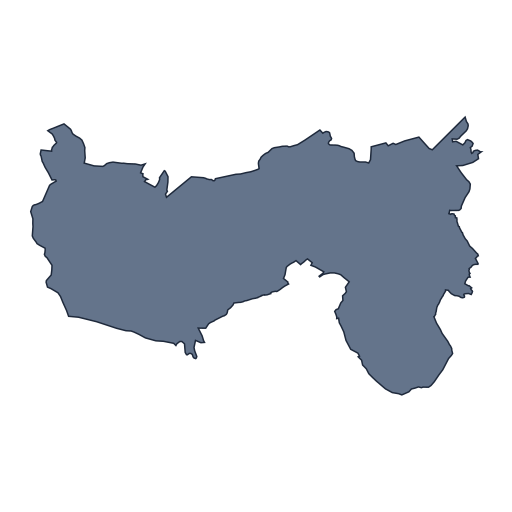 Buteni, Arad, Romania (Robinson projection)
{"feature_id": "2599482B88924594549942", "entity_name": "Buteni", "entity_type": "district", "adm_level": 2, "iso_a3": "ROU", "parent_name": "Romania", "parent_adm1": "Arad", "projection": "robinson", "projection_center": [22.098, 46.317], "detail": "fine", "context": "isolated", "style": "filled", "palette": "slate", "viewbox_px": 512, "rotation_deg": 0, "n_neighbors": 0, "source": "geoboundaries", "source_scale": "gbopen_adm2", "svg_char_len": 6052}
<svg xmlns="http://www.w3.org/2000/svg" viewBox="0 0 512 512"><path d="M471.2,294.5L472.0,293.0L472.5,291.4L472.0,290.5L471.4,290.0L470.6,288.7L471.7,287.9L469.1,285.7L468.4,285.8L464.8,283.7L465.6,281.0L468.0,277.3L468.8,277.1L470.1,277.1L469.5,275.6L469.2,274.4L469.3,273.9L470.0,273.5L469.2,272.0L468.9,270.6L469.3,269.5L469.1,268.6L471.0,267.2L472.3,265.5L473.6,264.7L475.6,264.3L477.9,264.3L478.1,263.6L475.4,258.4L476.5,257.4L477.4,256.2L478.3,255.8L477.8,254.1L476.4,252.9L472.5,248.5L469.8,246.2L468.9,244.5L467.2,241.0L465.2,238.7L463.1,234.9L462.4,232.6L461.9,232.4L459.5,227.8L459.3,226.7L458.4,226.2L457.4,222.8L456.9,221.3L457.0,219.8L456.8,217.9L455.4,217.7L455.4,216.7L455.3,215.8L454.7,215.5L454.3,215.0L454.1,214.1L452.9,213.8L451.7,213.7L450.7,214.4L450.1,213.9L449.1,213.9L448.8,213.4L449.2,212.8L449.7,210.3L450.9,210.5L458.7,210.4L459.7,209.9L461.1,208.5L461.4,206.0L465.1,197.6L469.0,191.7L469.9,188.9L470.3,184.1L468.9,181.7L466.6,179.7L461.1,172.6L456.6,165.8L462.8,165.5L472.8,162.4L478.5,158.7L477.8,154.4L481.3,151.8L480.3,151.8L479.0,150.9L477.5,150.1L475.3,150.4L473.4,151.2L472.9,152.7L471.7,153.4L471.1,152.1L470.9,149.3L470.3,147.6L472.1,146.2L473.1,143.5L472.3,142.4L470.8,141.0L467.5,139.6L466.0,140.5L464.9,142.8L462.8,144.9L456.1,141.3L452.6,141.8L452.2,138.9L457.1,139.2L459.1,138.2L460.8,136.1L466.2,130.9L467.5,128.8L468.2,125.8L468.0,124.0L466.4,121.5L465.1,117.1L432.3,149.8L429.1,148.5L418.9,137.1L404.7,140.9L395.8,144.5L393.1,143.3L388.2,145.8L385.9,142.9L371.2,146.8L371.2,149.1L370.5,159.7L368.7,163.0L365.5,162.0L359.8,162.0L357.4,161.5L355.6,160.6L355.0,159.2L354.4,156.9L354.1,153.2L351.9,150.4L349.0,148.7L343.4,147.1L341.2,146.6L339.2,145.7L337.8,145.3L335.5,145.1L330.1,145.0L329.2,144.4L328.4,143.6L328.6,142.3L329.7,140.7L331.0,140.0L331.6,138.6L331.1,137.5L330.3,136.2L329.9,134.1L329.5,132.6L328.1,131.8L326.1,131.5L324.2,132.3L322.8,133.2L319.9,130.0L304.8,140.2L297.5,144.7L294.0,145.6L290.2,146.8L288.6,146.8L287.1,146.1L282.2,146.3L279.6,146.9L274.3,147.7L272.0,148.6L268.1,152.4L266.1,153.2L264.8,154.0L262.9,155.5L261.1,157.2L260.1,159.3L258.8,161.0L258.5,162.4L258.4,163.7L259.1,168.6L258.2,169.2L255.0,170.4L250.7,171.8L246.2,172.6L240.5,174.0L235.8,174.3L215.4,178.7L215.0,180.0L214.3,180.7L213.0,180.7L212.3,180.1L211.3,179.5L209.5,179.6L206.3,178.8L205.9,178.4L203.4,177.7L191.4,176.8L166.5,197.3L165.5,194.1L167.4,191.3L166.8,190.1L167.9,182.1L168.0,176.7L165.2,171.2L164.3,170.7L159.5,177.7L159.7,179.3L159.0,181.2L158.2,183.0L156.5,185.7L154.9,187.2L144.5,181.6L146.0,179.5L147.2,179.5L147.8,179.3L142.9,176.7L142.8,174.5L143.0,173.8L140.6,172.8L143.0,167.0L145.1,163.9L141.0,165.2L135.4,164.0L127.2,163.7L123.6,163.2L121.9,163.3L113.0,162.1L109.4,162.7L106.7,163.6L104.4,165.6L102.9,166.4L94.1,165.9L84.2,163.1L85.2,157.9L84.7,150.6L84.9,147.6L83.5,143.6L81.9,140.1L79.6,138.1L75.9,136.1L73.0,134.1L72.1,132.8L71.3,130.6L70.5,129.2L64.0,123.9L49.5,129.7L47.8,130.7L52.3,134.1L53.6,136.3L54.6,138.4L55.0,140.3L56.6,142.3L56.4,143.1L54.7,144.6L53.7,145.6L53.1,146.6L52.3,147.3L52.1,148.5L51.6,149.6L51.6,151.2L41.1,150.0L40.3,153.7L40.4,154.8L41.1,156.2L42.2,161.4L43.1,162.9L45.1,167.3L48.4,172.8L52.0,180.0L54.9,179.7L55.8,180.0L56.2,181.1L50.9,184.2L49.6,185.3L42.9,200.7L42.5,201.5L39.3,203.2L37.2,204.1L35.8,204.6L34.3,204.9L33.2,205.5L32.3,206.5L30.7,211.6L32.9,218.8L32.8,223.4L33.0,226.7L32.3,235.9L33.3,238.3L36.3,242.3L37.0,243.6L39.5,245.2L45.1,248.2L45.2,249.8L44.9,252.7L44.4,254.3L45.3,256.4L46.9,257.6L52.0,265.3L51.8,270.1L51.2,275.0L46.4,280.5L46.1,282.2L47.5,287.1L51.1,288.7L58.0,292.8L60.5,296.5L62.9,302.4L66.6,310.6L68.6,316.3L78.5,317.2L96.6,321.7L116.6,328.3L125.9,330.7L131.1,331.0L134.1,332.1L139.0,334.4L145.4,337.9L155.8,340.8L163.5,341.3L173.7,343.3L175.9,345.5L176.8,343.8L179.8,341.5L181.9,341.5L184.5,343.8L185.2,352.4L186.5,354.7L187.3,354.8L189.3,353.4L190.7,353.4L192.3,354.4L193.1,356.9L194.0,358.0L195.7,358.6L196.3,358.0L196.8,356.5L194.7,350.9L194.0,347.5L195.5,340.4L200.9,342.7L204.5,342.4L203.6,340.7L202.1,335.8L198.2,328.1L205.7,328.2L208.6,323.8L210.5,322.5L214.1,320.9L215.0,320.1L222.7,316.2L224.2,315.8L226.3,314.4L227.1,313.0L227.5,311.4L227.6,310.4L228.0,309.7L230.5,307.8L233.0,305.0L233.9,303.0L238.9,302.4L240.2,302.4L242.9,301.8L244.7,300.9L246.7,300.6L252.5,298.7L255.7,298.2L257.2,297.7L257.7,297.7L257.8,297.4L259.8,296.6L261.6,295.8L261.5,295.5L264.4,294.8L264.5,295.1L267.2,294.8L267.7,294.6L270.8,293.6L270.6,292.9L272.2,291.9L275.3,291.3L276.8,291.5L277.9,290.9L280.2,289.4L282.5,287.6L284.7,286.1L288.6,284.0L287.9,283.1L287.8,282.6L287.9,282.1L283.5,278.5L285.0,274.7L285.9,269.5L286.3,267.4L287.2,266.3L290.1,264.1L291.8,263.1L293.7,262.2L296.0,260.6L300.6,264.6L301.5,263.7L303.8,262.0L306.0,259.9L307.5,258.9L312.2,262.7L310.9,265.3L315.4,267.0L323.8,271.8L323.0,273.2L319.1,276.2L319.7,276.9L323.0,274.6L325.0,274.0L330.3,272.9L334.3,272.9L338.2,273.8L340.7,274.7L344.0,277.6L349.2,281.8L345.4,287.3L346.4,291.7L345.2,293.4L342.6,295.8L342.9,300.5L340.8,302.9L338.3,308.8L336.1,309.6L334.7,311.4L336.0,314.5L336.8,317.1L336.7,318.6L338.6,318.2L339.3,322.8L341.0,325.9L343.8,331.9L346.0,340.4L350.7,349.3L357.9,353.1L359.5,356.2L358.2,356.8L361.6,360.2L362.6,365.0L366.3,368.8L368.8,373.7L372.8,377.7L376.4,381.1L385.5,388.9L392.3,392.6L398.7,393.7L401.8,394.9L408.9,391.8L411.4,389.0L415.0,388.1L418.5,386.9L421.4,387.7L423.0,387.1L428.5,387.2L431.0,385.5L434.3,381.7L438.9,374.9L442.8,369.7L448.6,358.5L451.3,355.5L452.6,353.5L451.8,350.3L451.7,348.5L450.5,346.0L449.5,344.7L447.8,341.4L442.1,333.4L440.4,329.6L436.5,323.1L433.9,316.7L434.4,316.4L435.1,315.1L435.7,314.2L435.6,312.9L436.1,311.8L436.8,307.5L437.8,305.1L438.5,304.2L439.6,302.0L440.5,299.6L441.5,298.2L441.8,297.5L442.4,296.6L443.1,295.7L443.5,294.5L445.5,291.2L445.5,289.9L448.3,290.3L449.2,291.5L451.3,293.7L454.8,295.6L456.9,295.7L459.0,296.2L461.0,297.5L462.6,297.8L463.7,297.5L464.4,297.2L464.5,296.7L464.5,296.0L463.7,294.8L464.1,294.1L464.8,293.9L465.6,293.7L468.6,293.5L471.2,294.5Z" fill="#64748b" stroke="#1e293b" stroke-width="1.5"/></svg>